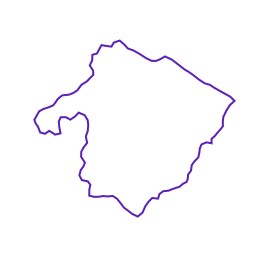 the district of Vermelho Novo, Minas Gerais, Brazil, rotated 290°
{"feature_id": "56859067B8228398709710", "entity_name": "Vermelho Novo", "entity_type": "district", "adm_level": 2, "iso_a3": "BRA", "parent_name": "Brazil", "parent_adm1": "Minas Gerais", "projection": "robinson", "projection_center": [-42.258, -20.028], "detail": "fine", "context": "isolated", "style": "outline", "palette": "violet", "viewbox_px": 256, "rotation_deg": 290, "n_neighbors": 0, "source": "geoboundaries", "source_scale": "gbopen_adm2", "svg_char_len": 1582}
<svg xmlns="http://www.w3.org/2000/svg" viewBox="0 0 256 256"><g transform="rotate(290 128 128)"><path d="M189.9,218.8L192.4,213.4L193.6,205.8L194.4,200.7L195.4,194.9L196.6,190.1L196.2,184.9L197.8,178.0L200.1,171.0L201.5,165.8L202.3,161.3L203.8,156.6L205.5,151.4L207.3,145.7L207.9,138.3L203.7,134.8L200.5,131.2L199.2,127.2L199.8,121.3L201.5,113.8L202.7,107.0L202.7,100.6L205.1,96.1L207.3,90.3L203.5,85.5L198.8,84.6L197.8,80.1L196.8,74.8L191.9,74.0L187.4,73.4L184.6,69.5L179.4,71.2L173.7,70.7L170.0,75.6L166.1,77.2L162.0,75.3L157.7,73.4L152.7,69.5L146.1,67.5L142.4,64.8L139.3,61.4L136.1,55.0L131.5,52.2L127.3,51.1L123.8,50.0L120.7,46.8L116.9,42.0L113.3,38.8L109.0,38.1L103.7,37.2L100.7,39.7L98.3,43.1L93.8,47.0L94.2,52.0L98.4,55.0L96.9,61.9L99.9,66.4L105.2,63.2L110.5,60.7L115.1,61.1L116.9,65.9L116.1,70.9L120.7,74.3L125.6,76.4L125.2,83.0L121.6,87.4L117.3,89.6L111.4,91.2L105.5,91.3L100.1,94.7L94.5,92.9L89.7,92.2L84.9,93.8L80.7,99.4L76.4,99.2L72.4,98.0L66.9,98.5L63.3,102.4L64.1,108.5L61.7,112.1L57.0,112.7L51.2,114.7L51.7,119.7L53.6,124.5L55.6,128.0L56.8,132.5L58.9,136.8L57.8,141.8L54.5,147.3L51.8,151.4L50.5,155.8L48.7,161.3L48.1,167.4L53.5,170.6L60.4,171.0L65.9,172.6L70.5,174.7L71.9,180.4L76.7,180.1L80.7,182.8L82.9,187.4L87.1,192.2L90.4,196.5L94.2,198.6L97.4,201.5L101.1,201.5L104.7,200.4L109.6,201.8L114.8,200.6L119.3,201.8L124.4,204.1L129.2,203.5L133.1,202.5L137.7,202.7L141.4,206.7L142.2,211.8L146.4,210.2L149.9,212.2L153.9,213.6L158.4,215.4L162.2,216.6L166.1,215.0L171.1,213.8L178.0,214.5L184.4,215.9L189.9,218.8Z" fill="none" stroke="#5b21b6" stroke-width="2"/></g></svg>